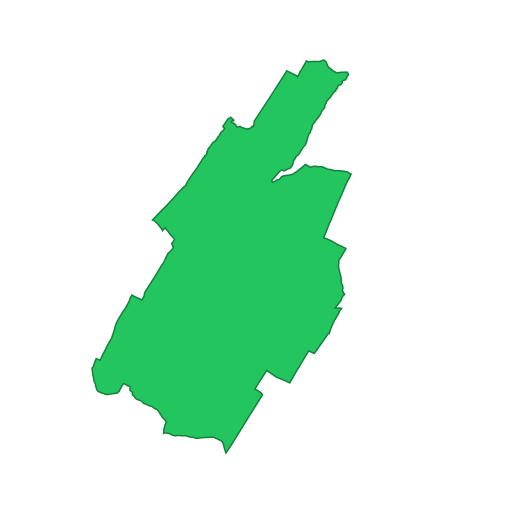 Tanasoaia, Vrancea, Romania (Equal Earth projection), rotated 126°
{"feature_id": "2599482B41706527449464", "entity_name": "Tanasoaia", "entity_type": "district", "adm_level": 2, "iso_a3": "ROU", "parent_name": "Romania", "parent_adm1": "Vrancea", "projection": "equal_earth", "projection_center": [27.348, 46.108], "detail": "fine", "context": "isolated", "style": "filled", "palette": "green", "viewbox_px": 512, "rotation_deg": 126, "n_neighbors": 0, "source": "geoboundaries", "source_scale": "gbopen_adm2", "svg_char_len": 6090}
<svg xmlns="http://www.w3.org/2000/svg" viewBox="0 0 512 512"><g transform="rotate(126 256 256)"><path d="M443.1,322.7L443.9,322.1L448.0,318.2L450.3,315.5L451.8,314.2L453.0,312.7L453.6,311.2L455.4,309.3L457.7,306.3L458.0,305.4L458.3,304.3L458.3,303.6L458.0,302.3L457.8,301.8L457.6,300.4L456.7,298.3L456.5,296.6L455.9,295.5L455.2,294.5L451.5,291.0L449.3,288.4L448.7,287.9L447.7,287.5L445.9,287.2L440.6,288.0L437.8,288.1L437.3,288.0L436.9,287.7L436.7,287.3L436.4,283.4L435.6,281.5L435.6,281.2L436.0,280.7L437.8,279.8L438.7,279.0L438.9,278.2L438.8,277.5L439.1,275.5L439.3,275.3L440.3,274.9L441.0,274.4L441.1,272.7L441.3,271.7L441.9,270.1L442.0,269.0L441.7,267.1L440.9,264.5L440.6,263.3L440.7,262.4L441.1,261.6L441.3,260.7L441.2,259.4L440.5,257.9L440.2,256.3L440.0,254.7L439.5,253.2L439.0,252.3L438.8,251.7L439.0,248.7L438.5,245.6L438.5,245.0L438.6,244.4L439.0,243.2L441.2,237.9L441.8,235.7L442.0,234.1L442.8,231.2L443.1,231.0L446.0,230.3L450.0,228.8L451.8,227.9L453.1,226.8L453.8,226.5L453.2,226.2L452.5,225.4L451.8,224.4L450.8,222.2L450.5,221.0L450.2,218.9L449.9,217.7L449.0,215.7L447.4,214.0L446.4,212.8L444.7,209.8L442.6,207.0L442.2,205.9L441.5,203.4L440.8,202.1L439.9,201.0L439.0,198.2L438.5,196.9L435.8,194.0L432.9,190.7L427.8,184.2L427.5,183.8L427.3,183.1L427.1,180.9L426.6,179.4L426.1,175.9L426.0,174.9L426.1,174.1L426.4,173.5L427.5,171.7L431.5,166.8L433.0,164.5L421.6,165.0L389.8,167.4L364.4,169.1L363.7,171.8L364.0,177.1L364.5,178.6L356.6,179.3L342.4,180.0L342.0,168.2L340.1,160.8L338.8,154.1L322.9,155.9L319.9,155.8L319.1,156.1L316.9,156.3L301.7,157.6L300.8,152.0L300.5,151.5L276.0,151.9L275.6,151.1L274.9,151.5L271.3,152.7L269.4,153.1L267.1,153.8L265.9,153.9L263.5,154.3L262.3,154.7L260.2,154.7L257.3,155.1L255.0,155.3L252.7,155.6L251.2,156.1L248.1,156.0L248.7,157.0L248.8,157.7L250.5,159.7L251.6,161.5L247.7,161.2L241.9,161.2L241.5,161.1L239.8,161.8L237.8,162.1L236.8,162.1L235.7,161.8L234.8,161.9L234.5,163.3L233.8,164.5L232.7,166.1L232.1,166.4L231.4,166.5L230.9,166.7L229.8,167.7L228.4,169.5L228.0,170.4L227.3,171.4L226.4,172.2L223.5,174.4L220.2,178.5L216.6,182.5L215.7,183.3L212.5,185.2L211.4,186.1L210.4,186.6L207.0,186.5L203.8,187.0L198.3,187.3L198.0,187.3L197.1,187.8L198.1,193.8L198.7,195.9L199.3,202.4L199.8,205.5L200.5,209.0L201.0,210.4L201.3,210.7L201.7,211.7L201.5,211.9L199.1,212.6L194.6,213.6L185.9,216.0L184.8,216.0L162.5,221.5L155.3,222.9L146.3,225.1L140.6,226.1L138.1,226.3L133.8,227.2L134.0,227.9L134.2,230.8L134.4,231.9L135.0,232.9L135.6,234.4L137.1,237.2L139.4,240.8L140.3,242.1L140.8,242.5L141.1,243.1L142.1,246.5L142.5,246.9L143.0,247.6L143.8,249.7L144.9,255.1L147.3,258.3L147.8,259.5L148.9,261.4L149.4,262.0L152.1,264.0L152.2,264.3L152.7,268.9L152.8,269.5L152.9,269.8L153.8,270.2L156.7,270.6L160.5,271.9L161.4,272.0L162.8,272.3L166.2,273.6L167.0,273.9L168.5,274.6L170.4,276.1L174.1,280.0L176.4,281.8L176.7,281.9L177.2,282.0L179.4,282.0L180.3,282.2L181.0,282.6L181.5,283.3L182.6,284.0L185.6,285.0L186.4,286.0L186.5,286.3L185.6,287.5L185.2,287.8L182.0,287.3L173.2,286.5L171.7,286.0L171.3,285.6L170.9,284.7L170.7,283.4L170.2,283.0L166.8,281.4L165.7,280.7L165.3,280.0L162.7,279.8L161.7,279.9L160.1,280.2L156.8,281.5L153.6,281.7L152.1,282.0L151.4,282.0L150.1,281.4L147.7,281.1L146.7,281.2L144.2,281.6L142.9,281.5L140.1,281.8L137.8,281.4L137.1,281.4L133.6,282.3L128.4,284.3L126.9,284.7L123.7,284.8L122.3,285.5L120.4,285.7L118.7,286.4L117.7,287.0L116.1,287.4L113.6,287.2L110.8,287.3L107.3,287.0L103.3,287.1L102.7,287.2L101.2,287.8L100.4,287.9L97.3,287.9L95.9,287.6L95.1,287.9L94.0,288.7L92.6,289.0L91.5,289.0L90.6,289.5L90.1,289.6L88.2,289.6L83.7,289.1L78.5,289.3L76.7,289.0L75.6,288.6L74.3,289.1L73.0,288.9L71.6,289.0L71.0,289.5L70.4,289.7L68.6,288.8L67.2,287.9L66.0,288.0L64.8,288.3L63.6,288.9L62.9,288.6L61.8,287.9L61.2,287.3L60.4,287.1L59.6,287.3L58.5,287.3L57.3,287.9L55.9,287.6L55.0,287.9L54.3,288.4L53.7,290.4L57.9,295.9L59.7,297.3L60.1,297.9L60.9,301.9L60.9,302.6L60.6,306.2L60.7,307.2L60.5,308.1L59.9,310.2L58.4,312.2L58.0,312.9L57.6,314.2L57.4,315.5L57.4,316.0L57.6,316.3L58.5,317.1L59.6,317.7L60.7,318.5L62.2,320.0L63.8,322.5L66.3,325.7L68.0,327.4L68.4,328.3L68.5,329.8L68.6,330.0L70.9,329.5L75.6,329.1L79.1,328.6L81.1,328.8L82.8,328.2L86.4,327.8L86.3,329.0L86.4,330.0L88.1,340.0L89.7,339.8L116.0,338.2L147.8,336.7L149.2,336.0L151.1,334.8L152.7,334.1L153.0,335.2L153.4,335.4L153.7,335.5L154.1,335.1L154.5,335.1L155.1,335.4L155.6,335.8L156.4,335.9L157.4,336.5L157.7,337.3L158.0,337.4L158.5,337.8L159.2,339.4L160.5,343.6L160.5,345.1L160.9,345.5L162.0,346.1L162.6,346.7L162.7,347.1L162.7,347.6L162.5,348.6L162.2,348.9L161.8,349.3L161.7,350.1L161.7,352.3L161.9,353.0L162.3,353.7L162.3,354.3L161.9,355.0L161.4,355.1L161.0,354.9L160.3,354.0L159.5,353.5L159.2,353.9L158.8,356.6L158.7,358.1L159.6,358.2L160.1,358.4L161.1,359.0L161.3,359.3L170.4,359.0L170.7,358.9L171.0,358.2L171.2,357.5L170.9,356.6L171.0,356.4L171.6,356.2L174.7,356.4L175.2,356.7L176.7,357.0L177.7,357.0L179.5,356.5L182.8,356.7L184.1,356.4L185.0,356.6L186.6,356.4L188.4,357.3L190.2,357.6L194.4,357.4L195.2,357.6L196.0,357.7L198.0,357.6L198.5,357.3L200.9,356.8L201.1,356.7L201.2,356.3L203.3,355.7L204.9,356.4L205.2,356.1L208.7,356.3L219.5,355.5L229.0,355.5L237.5,355.0L239.1,354.6L239.5,354.2L239.9,354.2L241.4,354.5L242.1,355.0L250.1,356.1L253.3,356.3L267.6,358.0L276.2,359.4L287.8,360.9L287.3,358.8L287.2,357.9L287.6,357.0L287.5,355.9L288.2,352.9L289.9,347.2L290.4,346.5L288.0,346.2L286.6,346.2L287.7,342.0L288.9,338.5L289.4,336.5L289.6,335.3L289.6,334.4L289.9,332.7L290.2,332.1L290.6,331.8L291.9,331.7L293.1,331.3L295.3,331.7L296.5,330.1L297.2,328.6L297.3,328.0L301.0,327.7L305.5,328.7L309.9,328.1L313.0,327.3L316.3,326.8L319.3,326.8L331.1,325.8L351.2,324.6L351.9,324.0L353.6,323.4L354.3,323.0L355.2,322.8L358.8,322.5L358.7,323.7L358.8,324.3L359.9,328.8L360.3,330.9L360.5,333.5L364.6,332.9L367.6,331.9L376.8,330.8L377.6,331.0L379.5,330.9L387.1,330.3L391.3,329.8L395.9,328.5L398.7,327.3L401.7,326.3L407.5,324.5L418.1,323.4L419.8,322.8L422.9,322.5L426.0,322.0L428.0,321.6L431.7,320.8L433.0,324.9L436.8,324.1L441.1,322.6L443.1,322.7Z" fill="#22c55e" stroke="#15803d" stroke-width="1.5"/></g></svg>